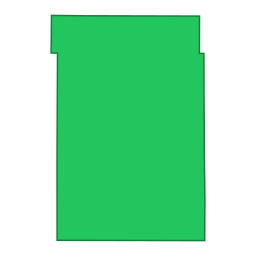 outline of Dunn, Wisconsin, United States of America
{"feature_id": "52423323B57646152356448", "entity_name": "Dunn", "entity_type": "district", "adm_level": 2, "iso_a3": "USA", "parent_name": "United States of America", "parent_adm1": "Wisconsin", "projection": "orthographic", "projection_center": [-91.869, 44.947], "detail": "fine", "context": "isolated", "style": "filled", "palette": "green", "viewbox_px": 256, "rotation_deg": 0, "n_neighbors": 0, "source": "geoboundaries", "source_scale": "gbopen_adm2", "svg_char_len": 296}
<svg xmlns="http://www.w3.org/2000/svg" viewBox="0 0 256 256"><path d="M204.5,166.8L204.0,92.4L203.9,53.4L199.4,53.4L199.5,16.1L88.5,15.8L85.8,15.8L51.5,15.4L51.1,53.0L57.5,53.1L57.0,166.0L57.1,240.3L204.7,240.6L204.9,199.2L204.5,166.8Z" fill="#22c55e" stroke="#15803d" stroke-width="1.5"/></svg>